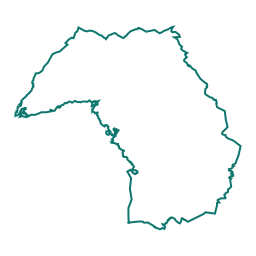 the district of Halden nor, Østfold, Norway
{"feature_id": "86288312B70342807980905", "entity_name": "Halden nor", "entity_type": "district", "adm_level": 2, "iso_a3": "NOR", "parent_name": "Norway", "parent_adm1": "Østfold", "projection": "equal_earth", "projection_center": [11.486, 59.068], "detail": "fine", "context": "isolated", "style": "outline", "palette": "teal", "viewbox_px": 256, "rotation_deg": 0, "n_neighbors": 0, "source": "geoboundaries", "source_scale": "gbopen_adm2", "svg_char_len": 5791}
<svg xmlns="http://www.w3.org/2000/svg" viewBox="0 0 256 256"><path d="M173.2,26.8L171.9,27.1L167.1,29.8L163.5,31.1L161.8,32.4L159.4,33.2L154.6,30.0L146.1,31.7L142.3,29.4L139.0,28.0L138.7,28.4L138.1,28.1L137.4,29.1L135.8,29.2L130.5,31.3L127.9,33.7L126.7,35.4L125.6,35.9L125.7,36.2L123.4,38.1L118.1,35.4L115.3,33.1L114.4,33.1L108.6,35.5L106.0,39.1L105.5,38.4L103.6,37.4L101.6,35.5L99.3,34.9L95.7,32.4L92.6,31.0L89.4,30.6L86.8,31.4L84.7,30.9L78.5,27.5L77.3,31.4L75.8,32.3L75.2,33.2L73.6,38.1L73.2,38.3L71.8,37.6L68.8,39.5L65.5,43.0L67.5,44.6L59.7,51.5L56.3,52.4L52.5,54.2L47.8,62.7L44.1,66.5L42.3,70.6L39.2,73.0L35.6,73.5L35.7,74.0L33.4,78.8L33.4,80.2L32.3,81.6L32.3,83.2L33.3,83.4L33.3,85.0L32.8,85.5L33.5,86.4L31.9,88.9L31.6,90.4L28.4,93.9L26.9,95.0L26.5,96.0L25.8,96.3L25.0,97.5L23.7,98.3L21.4,100.7L21.2,101.3L21.7,102.3L20.4,103.5L21.3,103.3L21.1,105.2L20.8,105.6L19.9,105.5L19.6,105.8L19.8,106.3L19.1,106.7L17.8,106.7L17.6,107.5L18.2,107.8L17.8,107.8L17.1,111.4L16.7,111.4L17.1,112.0L15.6,112.9L15.4,115.6L15.8,115.3L17.1,115.6L18.8,114.2L20.0,112.7L20.4,111.1L20.9,111.1L21.5,109.0L23.3,108.5L23.9,108.6L23.8,109.1L24.8,108.0L25.8,108.1L25.8,108.9L24.2,110.0L23.7,111.9L24.9,112.9L25.6,113.1L26.6,114.5L26.1,114.6L24.9,113.5L23.9,113.7L22.5,112.6L21.6,113.5L21.0,113.6L20.6,114.4L20.9,114.7L20.5,114.8L19.8,116.8L21.7,116.1L26.6,117.2L27.5,116.3L26.7,115.2L26.9,115.1L27.5,115.1L28.9,116.2L30.8,114.8L34.9,114.8L37.8,113.9L41.2,112.3L46.7,112.2L50.7,111.4L50.1,111.0L50.7,110.4L50.6,109.9L51.5,110.0L52.7,110.9L54.7,110.7L56.7,107.5L57.3,107.4L57.3,106.8L59.4,105.9L58.6,106.6L58.9,107.0L58.2,107.4L59.1,107.6L59.3,107.2L59.5,107.6L60.1,107.2L60.0,106.5L59.6,106.4L60.7,106.3L61.2,105.4L63.3,104.9L64.6,103.2L65.5,102.8L66.7,103.3L68.9,101.6L70.0,101.5L72.1,102.7L74.8,100.9L77.6,102.1L80.0,101.9L80.5,102.3L83.4,101.4L87.2,101.8L89.4,100.4L90.0,100.6L90.2,101.4L92.0,102.0L94.4,101.1L95.1,101.2L92.6,102.5L92.0,103.2L92.1,104.4L92.7,104.8L91.7,106.2L92.8,106.4L94.8,105.0L95.5,103.9L95.5,102.0L94.5,101.6L95.2,101.3L95.5,101.9L98.4,101.1L97.5,102.2L97.7,103.9L97.2,105.6L97.1,104.9L95.5,104.8L93.0,108.9L92.1,109.3L92.6,110.3L92.4,110.7L92.6,110.7L92.5,111.5L92.8,111.2L93.5,111.7L94.6,112.6L94.8,113.2L95.6,113.4L95.9,112.7L97.6,112.6L97.1,115.5L98.3,116.4L98.2,118.0L98.7,118.8L99.5,119.1L99.8,120.6L100.5,121.1L100.3,121.6L100.5,122.9L102.1,124.9L103.5,125.8L104.4,125.7L104.1,126.1L104.5,126.5L104.9,126.3L105.0,125.3L106.5,125.0L107.4,125.5L107.7,126.5L108.4,126.7L107.8,127.9L108.8,129.5L108.8,129.9L109.7,130.6L109.8,131.2L109.4,131.4L109.9,131.6L109.0,132.0L108.5,131.3L107.7,131.1L106.3,131.4L106.1,133.2L106.8,134.4L108.7,134.8L109.5,134.1L109.3,133.6L111.6,133.6L112.2,134.8L111.9,135.2L113.1,135.7L114.2,134.9L115.0,132.7L115.1,131.3L114.0,130.4L113.5,129.2L114.3,128.6L114.4,129.4L114.9,129.7L116.3,129.1L116.5,129.3L116.3,130.1L116.6,130.5L117.6,129.9L118.5,130.3L116.0,134.0L115.5,135.0L115.6,136.0L114.5,136.6L112.2,139.0L112.6,139.1L112.9,139.7L112.3,140.6L112.7,140.9L111.4,141.7L112.7,142.3L112.1,142.8L116.5,143.7L116.8,144.4L118.0,144.1L117.9,144.9L118.7,145.7L118.6,146.6L119.0,146.7L118.9,147.5L119.5,148.6L120.6,148.7L121.3,149.7L123.9,150.6L123.9,151.1L123.0,151.7L122.4,153.0L123.1,154.3L123.0,155.1L123.5,155.9L123.2,156.4L124.1,157.0L126.1,156.9L127.2,157.6L127.0,157.9L127.6,159.7L129.4,161.4L130.4,161.7L131.0,162.8L131.4,162.8L131.1,162.9L131.7,163.2L131.5,163.4L131.8,164.5L132.8,164.8L134.0,166.6L132.8,168.6L132.9,169.4L133.7,170.0L136.1,170.5L136.8,171.0L136.9,171.6L136.4,171.7L137.1,171.7L136.9,172.1L137.4,172.3L137.5,172.8L135.3,174.1L134.7,173.5L134.0,173.7L132.7,172.6L132.7,172.2L132.1,171.8L131.9,171.0L130.8,170.5L131.1,170.2L130.7,169.7L127.3,171.6L131.1,178.2L129.9,189.1L131.7,199.3L128.4,208.1L128.5,219.5L128.8,220.5L128.7,221.7L128.2,222.6L128.9,223.0L130.3,222.4L140.2,221.4L143.0,221.8L144.1,222.7L147.8,222.5L153.8,226.0L154.0,226.6L155.1,226.8L155.0,227.4L155.6,227.8L158.3,228.5L159.4,229.2L160.6,229.1L162.3,228.0L164.3,228.9L165.0,227.4L164.8,226.1L162.9,224.9L162.6,224.3L163.7,224.6L165.3,224.0L165.7,223.1L166.5,223.2L166.6,222.5L168.2,220.6L167.8,220.1L168.7,219.2L169.3,219.3L169.4,218.6L170.0,218.5L170.4,217.8L171.2,217.9L171.3,217.5L172.4,217.5L174.6,218.8L176.1,220.9L178.7,223.0L179.8,223.4L181.0,221.5L181.6,218.6L182.1,218.2L183.7,219.2L184.3,220.0L185.2,219.8L187.8,221.8L203.5,214.0L205.4,212.3L214.9,213.6L217.1,205.1L217.0,203.0L218.0,202.3L219.1,202.4L217.6,200.5L217.6,200.1L220.6,198.4L225.4,198.3L225.5,197.5L224.5,195.8L224.3,194.7L225.3,194.1L225.7,193.1L228.0,191.9L228.0,189.6L231.2,186.8L230.2,179.9L231.3,178.5L229.6,178.2L229.2,177.5L231.2,176.0L231.9,176.2L233.2,175.7L232.7,175.0L232.9,174.4L232.0,174.0L232.5,173.8L231.9,173.4L232.4,173.3L232.5,171.8L231.5,171.5L231.2,171.0L229.1,170.6L229.0,170.4L229.4,170.2L228.9,169.2L231.3,168.6L232.4,167.7L233.0,166.8L232.6,166.1L233.7,165.9L232.8,165.1L232.8,164.8L235.3,163.6L238.4,155.8L240.6,146.1L233.1,140.4L227.7,138.3L225.7,136.6L225.7,135.2L222.8,134.5L222.1,133.9L222.2,132.7L223.0,131.6L227.4,127.3L227.5,126.8L225.8,119.6L224.8,111.1L217.1,107.2L216.2,103.5L216.8,103.0L216.7,101.9L216.4,101.6L216.0,100.0L214.7,100.2L214.5,99.5L213.4,99.5L212.4,97.8L210.3,97.4L205.7,94.5L205.0,93.4L205.2,89.7L205.5,88.9L207.0,87.4L206.7,86.7L207.1,86.7L207.3,85.7L206.8,83.7L205.0,82.7L200.4,78.8L196.3,72.6L196.4,72.2L195.5,70.4L192.1,68.3L191.3,67.1L190.1,66.2L189.4,66.4L188.9,66.1L189.5,65.5L188.6,65.0L187.7,65.2L187.6,64.3L186.3,62.5L184.3,61.2L184.0,60.4L184.4,59.4L186.8,57.2L185.6,55.9L185.2,54.6L185.6,54.4L185.4,54.1L187.2,53.0L181.9,50.0L181.1,48.7L181.9,46.5L180.5,45.6L179.4,44.3L177.4,39.2L174.3,37.3L179.9,36.8L179.0,34.6L176.2,32.4L174.9,31.8L172.5,32.3L171.3,31.2L172.0,28.5L173.2,26.8Z" fill="none" stroke="#0f766e" stroke-width="2"/></svg>